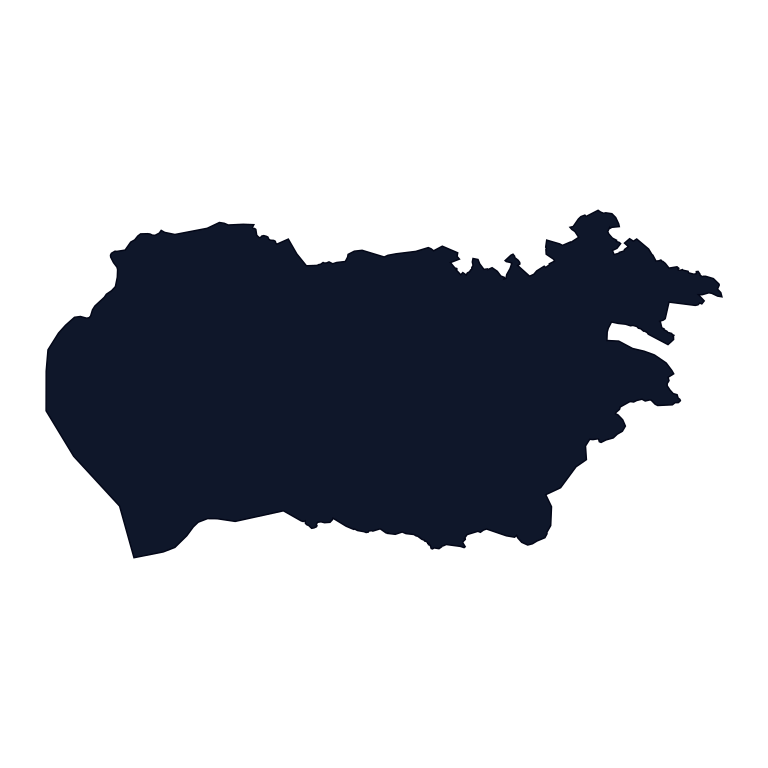 Ballymahon Lea-6, Longford, Ireland
{"feature_id": "5873133B88406731709637", "entity_name": "Ballymahon Lea-6", "entity_type": "district", "adm_level": 2, "iso_a3": "IRL", "parent_name": "Ireland", "parent_adm1": "Longford", "projection": "robinson", "projection_center": [-7.714, 53.623], "detail": "fine", "context": "isolated", "style": "filled", "palette": "ink", "viewbox_px": 768, "rotation_deg": 0, "n_neighbors": 0, "source": "geoboundaries", "source_scale": "gbopen_adm2", "svg_char_len": 5038}
<svg xmlns="http://www.w3.org/2000/svg" viewBox="0 0 768 768"><path d="M713.4,278.6L705.7,276.3L703.2,276.3L702.2,276.7L699.8,274.9L700.0,274.2L698.1,271.4L696.3,271.6L696.4,273.7L693.8,274.2L688.5,272.8L688.1,271.3L682.9,270.2L682.5,269.6L680.2,270.3L678.4,270.1L677.9,268.7L678.7,268.2L677.0,266.8L669.0,268.1L665.3,263.4L662.7,261.3L662.0,261.4L660.9,260.0L658.9,260.8L656.0,261.1L652.8,255.1L652.0,254.6L648.6,249.0L636.7,239.0L633.4,241.2L629.6,238.7L624.5,243.1L628.4,246.6L624.5,249.5L624.0,251.0L619.3,252.4L619.3,253.1L614.1,254.6L612.4,250.5L617.0,248.3L620.6,243.6L619.2,242.4L616.3,241.5L616.6,240.3L612.4,238.1L608.9,234.1L607.7,231.6L609.4,228.0L609.5,228.6L611.9,227.3L619.3,226.6L618.7,223.9L615.7,217.5L611.9,213.7L605.7,212.8L603.6,213.3L600.5,212.0L598.1,210.3L586.0,216.5L584.9,215.1L580.9,216.6L578.4,219.0L573.2,226.5L570.0,227.3L571.8,229.4L574.9,231.5L578.7,237.3L570.7,242.5L570.4,242.0L562.5,245.4L559.7,243.9L546.7,240.1L545.7,247.2L546.4,248.5L545.9,249.5L546.2,254.2L553.6,259.2L554.6,261.1L549.3,263.8L549.5,264.7L545.7,267.5L544.2,266.2L536.7,270.9L533.8,274.3L529.6,276.2L517.7,265.5L519.9,264.0L519.7,262.4L518.2,260.3L514.8,257.6L514.6,256.2L513.0,254.2L510.9,255.2L505.1,260.6L506.3,261.6L510.1,262.4L511.8,263.3L510.1,268.5L506.7,274.6L506.0,278.4L503.8,279.1L504.4,277.4L500.8,276.0L497.3,271.3L492.1,267.7L487.9,269.6L487.5,268.9L483.9,269.4L479.7,263.8L478.0,259.5L473.0,258.5L472.3,262.0L473.1,265.4L471.8,267.5L471.8,269.2L470.8,269.8L469.5,271.8L467.4,272.9L466.2,275.0L462.8,272.6L460.8,274.8L456.0,269.7L457.0,269.0L456.7,268.5L454.9,268.0L450.4,262.6L459.4,259.1L457.1,256.4L457.7,252.8L442.3,246.2L433.6,250.8L431.1,248.8L428.3,247.6L415.8,251.4L396.1,253.8L387.9,255.3L384.2,257.0L362.1,250.3L354.3,251.2L348.1,254.4L347.6,257.1L345.3,261.5L336.6,262.5L332.7,263.8L329.0,261.9L326.4,263.0L324.2,263.0L323.1,262.5L320.6,264.3L318.7,264.6L317.2,265.4L306.4,265.8L296.8,253.9L288.3,239.1L276.8,244.2L275.8,243.1L275.3,241.3L273.7,240.4L270.3,240.2L268.7,239.1L267.9,237.1L266.3,236.3L263.7,235.6L261.7,236.1L260.6,237.5L259.1,237.6L256.7,235.2L255.8,229.4L254.6,228.5L253.1,228.5L252.4,227.5L253.8,224.7L243.2,224.3L228.2,225.0L224.3,223.3L219.4,222.5L207.2,228.3L174.9,234.5L164.7,232.4L161.2,230.4L159.3,233.1L155.1,235.3L152.5,235.2L150.0,234.0L147.5,233.7L140.6,233.9L137.8,236.0L134.7,239.9L130.7,242.1L125.1,250.1L116.8,251.4L115.0,251.2L111.4,253.3L110.5,255.2L110.7,257.1L113.5,262.6L117.0,267.2L117.6,269.6L117.3,277.2L115.4,286.6L111.6,290.7L106.4,294.2L104.3,297.3L94.9,306.0L92.5,309.8L90.6,316.1L89.1,317.7L86.7,318.2L80.4,316.5L74.5,317.3L65.5,325.3L58.5,333.1L48.0,349.8L46.2,371.1L46.1,410.8L73.7,456.3L76.3,459.1L119.6,506.1L134.0,557.7L163.3,551.9L174.9,547.4L186.8,535.7L193.3,526.9L198.2,522.2L207.5,518.6L217.1,518.7L235.2,521.4L283.4,510.8L301.2,520.9L303.1,521.5L305.2,520.8L305.5,523.5L307.2,525.0L308.5,525.3L311.6,528.3L314.0,527.9L316.4,526.8L317.0,525.7L316.3,524.4L317.5,522.3L321.0,521.8L324.5,522.7L330.0,522.3L332.5,519.6L333.0,518.2L346.1,526.2L352.5,528.9L353.9,529.4L354.7,529.0L357.4,530.5L364.1,531.7L366.1,532.5L368.3,532.1L369.0,530.9L371.9,530.7L372.8,531.1L380.2,528.8L386.0,532.9L387.9,532.8L387.6,533.4L395.3,534.3L402.2,532.0L405.9,533.6L413.9,534.5L416.1,535.9L417.7,536.2L421.7,539.2L424.4,540.3L424.6,541.0L426.3,541.5L427.6,542.6L427.7,543.3L428.9,543.3L428.5,544.6L430.3,545.4L431.2,548.5L432.5,548.9L434.2,547.9L439.0,548.7L441.8,546.7L442.1,545.9L443.4,545.8L446.2,544.5L460.4,546.4L464.1,547.6L465.2,546.7L462.9,542.9L462.9,541.8L465.3,539.4L465.2,538.6L464.5,538.3L467.1,534.6L477.9,531.3L480.4,532.3L483.4,530.1L486.5,529.0L506.4,535.8L514.6,537.2L516.6,535.4L517.7,537.8L521.7,542.3L527.7,545.0L532.4,543.8L537.0,541.0L544.9,537.7L547.0,533.8L546.9,532.3L550.7,525.6L551.5,506.7L545.7,494.7L560.6,487.7L576.0,466.8L586.4,459.6L585.5,446.0L589.7,439.3L593.0,439.6L597.9,438.8L598.7,439.4L599.3,441.7L601.1,442.4L606.1,439.9L613.3,437.9L617.2,434.2L622.4,431.2L625.4,426.1L622.7,419.8L618.0,414.9L615.5,413.7L615.7,412.7L619.5,409.4L620.2,407.0L629.5,401.8L630.7,401.6L633.7,402.0L636.7,400.5L642.0,399.2L645.2,401.0L649.9,399.9L651.2,400.2L655.1,404.2L657.7,405.5L672.4,404.8L675.0,402.7L678.4,402.6L680.4,400.7L679.9,399.4L678.1,398.0L677.1,394.7L673.2,393.6L669.8,389.8L667.2,385.8L667.2,383.5L669.0,380.7L668.1,377.3L673.7,373.8L671.9,370.6L666.2,363.0L654.5,355.0L644.1,351.2L632.6,348.5L618.7,341.1L606.9,340.5L607.2,332.1L608.3,328.1L611.5,322.0L618.1,323.4L625.6,324.2L630.5,325.8L632.9,325.4L636.9,326.5L638.4,328.2L640.7,328.7L643.6,331.2L644.5,331.1L647.1,332.5L648.3,334.2L668.0,344.6L673.6,339.5L673.5,336.8L672.9,336.5L673.9,335.3L672.2,334.5L671.7,333.5L667.5,332.3L667.1,331.4L664.0,329.7L664.1,328.9L661.8,327.8L660.5,322.3L659.7,321.3L663.3,320.1L665.2,318.7L669.0,302.1L695.3,305.4L698.0,304.8L699.7,303.0L701.8,303.9L704.2,300.9L698.4,294.7L702.2,294.7L708.8,292.8L711.7,293.3L717.6,296.1L721.9,296.8L720.8,292.6L717.5,289.1L719.2,285.2L719.1,284.2L713.4,278.6Z" fill="#0f172a" stroke="#020617" stroke-width="1.5"/></svg>